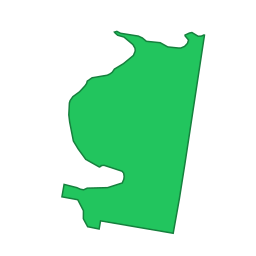 outline of Emmet, Michigan, United States of America, rotated 9°
{"feature_id": "52423323B66436048113663", "entity_name": "Emmet", "entity_type": "district", "adm_level": 2, "iso_a3": "USA", "parent_name": "United States of America", "parent_adm1": "Michigan", "projection": "natural_earth1", "projection_center": [-84.945, 45.53], "detail": "fine", "context": "isolated", "style": "filled", "palette": "green", "viewbox_px": 256, "rotation_deg": 9, "n_neighbors": 0, "source": "geoboundaries", "source_scale": "gbopen_adm2", "svg_char_len": 982}
<svg xmlns="http://www.w3.org/2000/svg" viewBox="0 0 256 256"><g transform="rotate(9 128 128)"><path d="M189.0,24.3L188.5,24.2L186.0,25.8L182.9,26.4L176.2,23.7L173.8,24.6L169.8,27.3L170.0,28.1L174.0,31.6L173.5,35.1L171.1,38.6L167.7,40.7L165.5,41.1L154.6,41.7L146.4,38.7L132.6,39.5L128.1,36.8L123.8,35.6L105.8,35.6L101.9,34.3L99.6,35.4L100.6,36.3L103.3,38.0L109.8,38.8L119.8,44.8L122.5,48.2L123.1,50.9L122.0,55.5L113.4,65.2L105.4,71.9L103.8,75.3L102.0,77.2L99.3,79.1L84.7,84.0L80.4,88.1L80.2,90.4L79.0,93.0L74.5,99.8L68.7,105.6L66.6,109.9L66.2,112.4L67.5,124.3L69.5,131.4L76.1,149.4L82.1,156.5L91.2,165.6L105.8,171.0L107.1,170.2L107.3,169.3L110.2,168.6L128.9,171.6L130.8,173.3L131.8,176.5L131.9,179.3L130.9,183.2L117.2,190.1L97.1,193.8L93.8,196.0L90.5,195.9L86.8,194.9L73.7,193.7L73.5,206.3L89.6,206.7L96.9,216.6L98.1,224.6L103.6,231.8L115.3,232.3L115.4,224.0L189.1,224.9L189.8,190.0L189.8,154.5L189.6,119.6L189.0,24.3Z" fill="#22c55e" stroke="#15803d" stroke-width="1.5"/></g></svg>